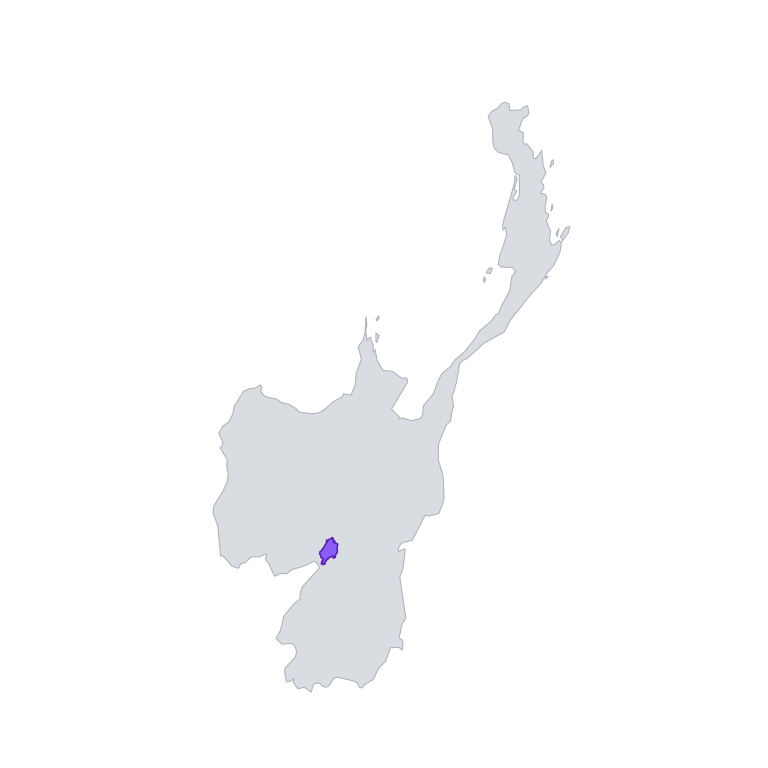 location of Nakhon Thai, Phitsanulok, Thailand, rotated 205°
{"feature_id": "78962969B15017109153074", "entity_name": "Nakhon Thai", "entity_type": "district", "adm_level": 2, "iso_a3": "THA", "parent_name": "Thailand", "parent_adm1": "Phitsanulok", "projection": "equal_earth", "projection_center": [100.905, 17.13], "detail": "fine", "context": "in_parent", "style": "filled", "palette": "violet", "viewbox_px": 768, "rotation_deg": 205, "n_neighbors": 0, "source": "geoboundaries", "source_scale": "gbopen_adm2", "svg_char_len": 7866}
<svg xmlns="http://www.w3.org/2000/svg" viewBox="0 0 768 768"><g transform="rotate(205 384 384)"><path d="M340.5,75.8L341.1,78.7L343.5,74.8L346.6,72.9L352.8,81.5L353.5,85.2L349.0,99.1L349.7,103.7L352.6,107.5L356.1,109.7L359.8,109.1L366.6,105.1L374.3,107.7L373.8,116.9L376.6,131.5L372.8,146.5L369.2,153.8L372.0,160.3L372.2,166.3L364.9,189.7L366.3,191.5L371.0,194.1L372.9,193.3L380.6,184.1L389.1,176.9L391.8,170.9L397.2,168.9L402.0,163.5L413.1,172.9L416.0,173.8L417.5,175.4L418.0,179.3L419.4,179.9L424.0,174.6L431.5,171.1L434.5,163.0L438.1,160.7L437.7,156.7L438.8,155.2L445.0,154.8L454.5,159.1L457.9,160.0L459.4,159.0L474.5,184.9L484.3,194.8L486.7,201.6L484.6,219.0L484.8,229.0L487.1,236.6L491.2,241.9L494.3,249.4L505.6,256.7L504.6,258.6L505.4,263.3L512.4,268.8L513.0,270.6L512.3,277.7L509.1,283.1L508.4,287.5L508.5,292.9L510.3,301.1L508.2,318.1L504.0,322.9L498.6,326.3L495.7,330.9L493.4,329.8L492.4,325.0L486.4,322.4L474.8,324.9L469.1,323.8L461.3,325.4L453.8,324.7L449.4,322.7L436.8,326.5L431.5,329.8L427.7,334.7L422.1,347.2L416.3,354.9L416.4,358.0L409.2,360.0L409.6,370.6L413.7,382.2L415.0,396.8L423.1,407.1L421.5,414.4L422.5,421.4L428.8,437.7L424.3,430.0L423.3,424.7L418.0,416.6L416.3,420.6L410.1,414.5L407.4,408.5L406.5,411.2L400.3,402.7L394.1,398.1L390.5,396.0L381.8,399.0L370.6,396.7L366.3,398.9L364.5,397.5L363.4,394.9L366.6,364.5L356.9,360.8L355.2,358.8L353.2,361.0L343.7,362.3L336.8,367.9L336.0,372.5L339.1,380.9L335.1,396.0L336.4,410.2L335.9,418.0L331.1,427.9L329.8,435.9L324.4,448.0L320.8,463.4L319.9,472.4L313.5,486.0L312.0,493.7L309.7,496.7L310.6,502.8L309.5,521.6L313.5,535.2L312.4,541.6L316.9,543.8L327.3,539.5L330.9,540.6L333.1,548.1L335.7,570.4L340.1,577.3L341.2,573.9L343.3,577.5L344.9,584.1L350.4,619.4L353.3,628.6L350.0,626.3L348.1,615.2L345.0,614.8L346.1,607.7L344.2,605.2L341.0,607.2L341.1,612.7L349.5,630.3L354.6,630.8L361.2,638.6L368.3,644.3L377.4,642.3L383.6,644.1L387.3,648.9L393.2,660.8L402.8,670.8L401.3,677.0L397.5,682.0L395.5,688.6L392.9,690.6L389.3,690.6L385.4,685.1L375.9,690.2L373.8,695.3L371.4,696.7L367.2,690.9L367.5,687.7L370.2,683.0L369.5,670.8L363.8,670.6L360.0,661.4L358.7,660.6L356.0,662.0L347.0,657.6L344.3,651.9L341.6,652.4L339.8,662.2L331.8,649.0L326.3,643.6L327.1,633.8L323.4,631.7L321.8,629.0L323.2,623.1L318.1,624.0L315.6,622.4L312.6,611.9L310.1,607.6L306.8,607.6L305.6,605.6L305.9,600.4L297.6,593.0L294.9,584.6L291.0,580.9L288.5,582.0L286.0,588.0L284.0,587.6L282.3,585.9L280.2,577.5L280.3,562.8L283.0,554.2L284.5,540.5L288.4,529.0L296.5,495.3L296.9,482.1L310.6,463.2L319.7,441.7L322.7,438.5L324.0,434.5L319.3,417.2L317.1,405.1L317.5,402.0L311.7,393.9L310.2,384.5L308.7,381.5L308.2,378.4L310.3,373.0L309.2,352.5L302.8,338.4L291.4,325.3L281.3,306.1L280.0,299.3L279.7,289.7L287.9,283.2L291.2,282.8L292.4,254.1L299.5,248.6L301.0,246.2L301.7,241.4L300.1,238.6L295.5,243.3L294.6,242.3L289.0,225.4L287.8,215.2L265.1,180.8L266.2,175.0L263.0,160.2L259.6,159.9L257.3,157.3L255.0,150.7L259.4,151.5L266.6,147.7L265.4,133.4L268.5,125.1L269.0,111.4L274.5,103.3L275.2,99.3L278.2,98.8L282.2,101.8L286.3,101.9L303.2,98.4L305.4,94.7L306.4,87.2L308.1,84.8L311.9,84.1L316.3,85.6L320.8,82.7L320.0,73.9L328.1,75.4L333.4,71.3L340.5,75.8ZM286.4,591.9L285.2,602.9L282.0,605.2L280.9,598.8L282.8,588.5L283.7,590.9L286.4,591.9ZM338.3,527.9L337.8,533.2L334.9,534.9L334.2,529.0L338.3,527.9ZM409.3,419.2L412.8,426.7L408.8,426.0L408.0,418.8L409.3,419.2ZM325.3,658.8L323.5,655.6L325.0,650.6L326.5,656.7L325.3,658.8ZM291.8,593.1L291.0,599.1L289.4,591.0L291.8,593.1ZM338.4,523.2L336.9,522.6L335.6,519.1L337.5,519.2L338.4,523.2ZM305.7,611.1L307.6,618.2L305.5,614.9L305.7,611.1ZM418.4,439.0L417.9,443.4L416.1,441.6L417.2,438.3L418.4,439.0ZM282.6,549.5L280.6,551.2L282.3,547.0L282.6,549.5Z" fill="#d9dde1" stroke="#a8b0b8" stroke-width="1"/><path d="M355.6,208.0L355.6,208.9L355.5,209.2L355.7,209.5L355.3,210.0L355.3,210.6L355.4,211.1L355.4,211.3L355.3,211.5L355.1,211.6L355.1,212.0L355.5,212.5L355.6,212.9L355.8,213.0L356.0,213.4L356.2,213.6L356.3,214.0L356.5,214.2L356.7,214.3L356.6,214.6L356.7,215.0L356.8,215.1L357.0,215.0L357.2,215.4L357.4,216.1L357.5,216.4L357.5,216.6L357.7,216.9L357.7,217.2L358.1,217.5L358.0,217.8L358.0,218.1L357.9,218.4L358.0,219.1L358.1,219.3L358.3,219.4L358.9,219.4L359.2,219.3L359.3,219.3L359.4,219.5L359.5,219.4L360.0,219.4L360.5,219.3L360.8,219.3L360.9,219.0L361.0,218.9L361.1,219.0L361.4,219.3L361.6,219.9L361.8,219.7L361.9,219.8L361.9,220.0L362.0,220.1L362.4,219.8L362.5,219.8L362.5,219.7L362.8,219.4L362.8,219.5L362.7,219.7L362.7,219.9L362.7,220.0L362.4,220.3L362.5,220.4L362.5,220.7L362.8,220.7L362.9,220.8L363.1,220.7L363.2,220.8L363.3,221.0L363.5,221.2L363.8,221.1L364.1,221.1L364.1,221.3L364.3,221.3L364.2,221.5L364.5,221.6L364.6,221.9L364.7,222.5L364.8,222.7L365.0,222.8L365.3,222.9L365.6,222.8L365.7,222.7L365.9,222.8L366.1,222.9L366.3,222.7L366.2,222.5L366.3,222.4L366.4,222.2L366.4,221.9L366.4,221.7L366.5,221.3L366.8,221.3L366.8,221.5L366.9,221.3L367.0,221.5L367.0,221.3L367.1,221.1L366.9,220.8L367.0,220.9L367.2,220.7L367.4,220.4L367.5,220.3L367.5,220.2L367.5,220.3L367.8,220.2L368.0,220.2L368.1,219.9L368.4,219.7L368.5,219.5L368.6,219.2L368.7,218.8L368.7,218.7L368.9,218.4L369.1,218.2L369.3,218.1L369.5,218.1L369.8,218.3L369.8,218.2L369.9,217.9L370.0,217.6L369.9,217.4L369.6,217.1L369.4,217.1L369.2,217.2L368.8,217.1L368.7,217.0L368.6,216.8L368.5,216.6L368.9,216.4L369.0,216.2L369.3,216.0L369.3,215.9L369.1,215.6L369.1,215.4L369.2,215.2L369.0,214.9L369.1,214.7L369.1,214.4L369.2,214.1L369.3,213.9L369.4,213.5L369.4,213.2L369.5,213.0L369.5,212.7L369.4,212.5L369.4,212.3L369.5,212.2L369.4,211.9L369.5,211.8L369.5,211.7L369.5,211.2L369.3,211.1L369.3,210.9L369.3,210.6L369.5,210.4L369.5,210.2L369.3,210.2L369.4,209.8L369.3,209.6L369.3,209.4L369.6,209.5L369.7,209.4L369.9,209.4L369.9,208.9L369.9,208.7L370.0,208.6L370.1,208.4L370.1,208.0L370.2,207.9L370.1,207.5L370.2,207.1L370.0,206.7L370.2,206.4L370.3,206.1L370.7,205.9L370.8,205.4L371.1,205.1L371.1,204.4L370.6,203.6L370.5,203.1L370.3,202.7L370.3,202.4L370.2,202.4L369.9,202.4L369.6,202.4L369.3,202.3L369.2,202.2L368.9,201.8L368.8,201.7L368.7,201.3L368.5,201.1L368.4,201.1L368.2,201.1L368.0,200.8L367.9,200.6L368.0,200.5L367.9,200.3L367.7,200.0L367.4,199.9L367.3,200.0L366.9,199.9L366.6,200.0L366.3,200.0L366.1,200.0L366.0,199.9L365.9,199.9L365.8,200.1L365.7,200.1L365.4,200.0L365.2,199.9L365.0,199.4L365.1,199.1L365.1,198.9L365.1,198.5L365.0,198.4L365.0,198.2L365.1,197.9L365.1,197.7L365.1,197.4L365.3,197.3L365.2,197.1L365.3,196.9L365.2,196.8L365.3,196.6L365.2,196.5L365.3,196.4L365.2,196.1L365.1,195.7L365.1,195.4L364.9,195.3L364.9,195.2L364.7,195.0L364.4,194.8L364.4,194.7L364.3,194.8L364.2,194.9L364.1,195.0L363.9,195.2L363.8,195.4L363.6,195.3L363.4,195.2L363.2,195.3L363.2,195.1L362.9,194.9L362.7,194.8L362.7,194.7L362.4,194.8L362.4,195.0L362.3,195.3L362.0,195.4L362.0,195.6L361.8,196.0L361.7,196.1L361.4,196.4L361.5,196.6L361.6,196.8L361.8,196.8L362.1,197.0L362.0,197.3L362.0,197.5L362.0,197.8L362.0,198.0L361.9,198.4L361.8,198.5L361.7,198.7L361.7,198.9L361.6,199.0L361.5,199.3L361.6,199.5L361.8,199.6L361.7,199.8L361.6,200.0L361.8,200.1L362.0,200.3L362.0,200.6L361.8,200.7L361.6,200.8L361.6,201.0L361.3,201.2L361.1,201.4L361.0,201.7L361.0,201.9L360.9,202.1L360.8,202.4L360.8,202.5L360.6,202.4L360.6,202.5L360.5,202.9L360.4,203.1L360.3,203.3L360.2,203.5L360.1,203.8L360.0,204.0L359.9,204.0L359.7,204.5L359.4,204.8L359.1,204.8L358.9,204.9L358.7,205.0L358.4,205.5L358.3,205.9L358.2,206.1L358.0,206.3L357.9,206.5L357.7,206.5L357.7,206.4L357.4,206.2L357.1,206.4L356.9,206.3L356.9,206.2L357.0,206.0L356.9,205.8L357.0,205.8L357.1,205.6L356.8,205.2L356.7,205.0L356.5,204.9L355.9,205.2L355.8,205.4L355.8,205.1L355.7,205.1L355.6,205.4L355.6,205.6L355.6,206.0L355.1,206.3L355.3,206.5L355.6,206.3L355.6,206.5L355.6,206.8L355.4,207.0L355.7,207.2L355.8,207.4L355.7,207.4L355.4,207.3L355.3,207.6L355.6,208.0Z" fill="#8b5cf6" stroke="#5b21b6" stroke-width="1.5"/></g></svg>